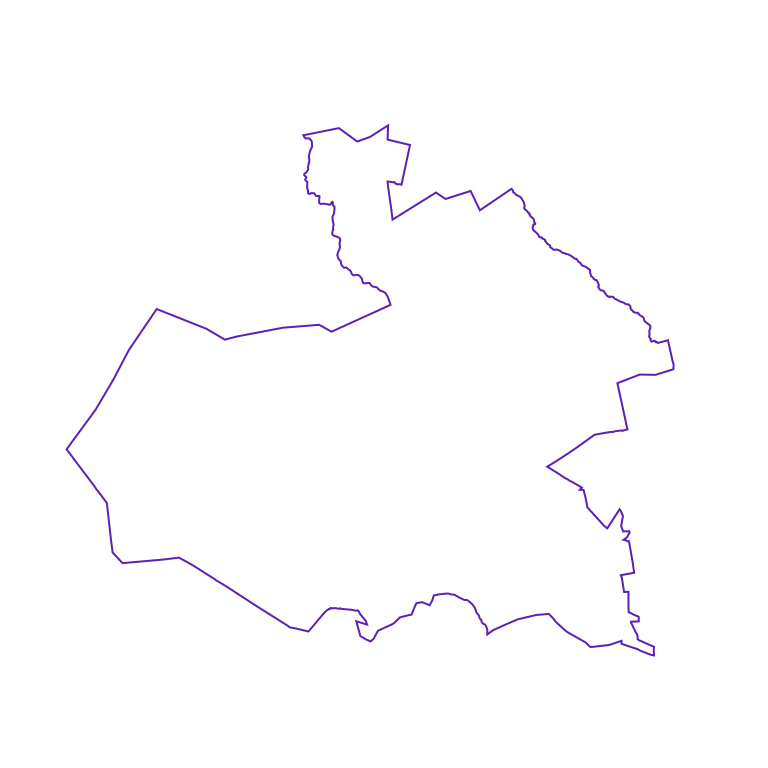 Laikipia East, Rift Valley, Kenya (Albers equal-area conic projection), rotated 278°
{"feature_id": "3690345B37822361502294", "entity_name": "Laikipia East", "entity_type": "district", "adm_level": 2, "iso_a3": "KEN", "parent_name": "Kenya", "parent_adm1": "Rift Valley", "projection": "albers", "projection_center": [36.521, 0.35], "detail": "fine", "context": "isolated", "style": "outline", "palette": "violet", "viewbox_px": 768, "rotation_deg": 278, "n_neighbors": 0, "source": "geoboundaries", "source_scale": "gbopen_adm2", "svg_char_len": 6164}
<svg xmlns="http://www.w3.org/2000/svg" viewBox="0 0 768 768"><g transform="rotate(278 384 384)"><path d="M150.4,521.1L155.6,526.6L163.3,538.8L169.6,549.3L176.5,567.0L179.2,579.3L176.0,583.5L172.4,587.2L164.5,598.7L163.1,601.8L156.5,618.8L155.9,620.0L152.5,624.6L152.4,625.6L152.8,627.6L157.0,643.6L162.7,654.9L159.7,655.5L156.6,672.7L155.9,674.0L155.2,676.4L152.9,686.4L152.8,689.2L157.0,688.3L161.3,687.9L165.5,673.3L165.5,672.6L166.6,670.7L169.3,670.2L171.2,669.6L173.1,667.9L182.2,661.8L182.9,661.6L184.4,669.3L189.0,668.6L190.4,663.0L191.4,660.8L192.0,658.1L197.6,657.1L212.3,655.0L211.4,650.7L225.3,646.5L227.6,645.1L231.0,655.4L231.7,656.7L231.9,658.0L241.6,655.2L262.4,648.5L262.2,647.2L263.0,644.7L263.1,643.0L265.6,645.6L266.4,646.1L269.8,647.4L270.6,647.9L272.4,647.3L271.8,645.5L271.8,644.6L271.9,643.8L271.2,641.5L273.8,639.9L276.6,638.6L286.5,639.0L291.4,636.1L292.7,634.7L272.1,625.2L274.2,621.7L290.0,602.7L298.9,599.6L306.8,596.4L306.5,592.7L308.9,594.4L313.6,583.0L313.9,581.4L315.4,578.7L315.8,576.9L319.6,569.0L324.8,557.2L333.8,567.9L345.8,581.5L363.0,599.5L367.0,611.7L368.4,616.4L368.2,617.2L369.1,618.7L370.5,623.4L371.1,626.1L370.7,626.8L371.3,627.4L372.9,631.4L417.3,615.0L428.9,635.8L430.9,651.7L438.9,668.5L443.2,668.2L446.6,666.7L466.8,659.1L462.7,649.3L463.2,648.8L463.6,648.1L463.3,647.2L464.4,646.2L464.1,644.8L463.2,643.2L463.5,642.6L464.8,641.7L465.6,641.9L467.5,640.1L468.2,639.9L470.5,640.1L471.4,639.7L472.8,639.4L474.9,639.5L475.7,639.9L478.5,639.8L479.7,638.2L480.1,637.2L480.8,636.5L481.0,635.7L482.5,633.4L483.8,632.6L485.4,632.0L486.0,631.4L486.8,630.2L487.4,628.3L488.3,627.1L489.0,626.6L489.0,625.8L489.7,625.5L489.9,624.6L489.5,623.3L490.2,620.8L490.9,620.3L492.0,618.6L492.5,618.1L493.1,617.6L494.4,617.5L495.8,616.6L496.9,615.1L496.7,614.2L496.8,612.7L497.3,611.0L497.8,610.5L498.0,609.9L498.5,606.5L499.4,604.6L499.7,603.0L500.4,601.7L500.6,600.6L502.2,598.7L502.2,597.2L501.6,595.6L502.0,594.9L501.6,594.0L502.9,592.0L506.6,588.6L507.0,588.0L506.9,586.0L507.4,584.8L509.7,582.7L510.5,582.6L511.1,583.1L513.5,582.3L516.5,579.9L516.4,578.9L517.2,577.2L518.4,576.2L519.8,574.0L522.4,573.0L523.1,572.5L523.9,572.3L525.1,572.4L525.8,572.1L528.2,567.3L528.8,563.9L530.5,562.1L531.2,561.6L532.5,559.0L533.3,558.6L534.7,557.2L534.6,555.8L536.6,552.1L538.0,548.4L538.2,545.8L538.6,545.3L538.8,542.6L539.4,541.3L540.2,540.0L540.6,539.1L541.2,536.6L541.1,535.5L540.5,534.1L540.5,533.3L541.5,531.8L542.5,529.7L544.3,529.2L545.7,526.0L546.8,525.2L547.9,523.7L548.7,523.7L549.3,523.1L550.0,521.3L550.0,520.5L551.2,519.5L550.9,518.5L551.1,517.6L553.3,515.9L554.2,514.6L554.8,514.1L555.2,513.3L556.0,512.5L556.3,511.5L556.9,511.2L557.7,510.0L559.4,509.4L560.1,509.4L560.7,509.8L562.3,509.6L563.0,510.1L563.1,511.1L563.8,511.5L565.8,510.1L566.8,509.9L567.8,509.4L569.4,507.9L570.1,505.9L571.9,505.0L572.1,504.4L572.8,504.4L573.4,504.0L573.5,503.2L575.2,501.5L576.7,499.2L577.3,498.6L578.0,498.2L579.7,498.6L580.5,498.5L581.8,497.6L583.2,497.3L585.7,495.4L587.8,493.6L589.1,490.6L589.6,488.5L590.9,487.4L591.8,485.4L592.4,484.9L593.4,484.9L595.0,483.1L569.4,454.8L587.2,442.9L575.8,419.2L580.8,408.8L548.0,369.6L560.2,366.3L579.4,360.7L585.0,359.4L585.1,363.0L584.9,363.9L585.0,364.8L585.4,365.5L585.0,366.8L584.1,367.3L583.9,369.0L583.4,369.9L583.9,370.7L584.1,371.9L583.7,372.9L583.8,373.6L624.3,376.5L626.5,353.5L640.7,352.1L626.6,335.6L620.4,323.7L631.1,303.7L619.1,269.5L617.4,270.8L616.2,272.4L616.4,273.6L616.8,274.5L616.7,276.2L615.9,276.7L615.1,278.0L614.2,278.7L611.2,279.4L609.1,279.7L608.1,279.6L606.3,278.9L603.2,278.1L601.6,278.2L600.3,277.9L599.3,277.9L596.2,278.7L593.4,279.1L592.6,279.0L592.1,278.5L590.1,278.8L589.2,278.5L588.4,278.5L586.3,279.0L585.3,278.9L582.5,277.5L581.3,276.1L580.6,275.8L579.7,275.9L579.2,276.5L578.4,278.0L577.8,278.3L575.6,277.5L574.7,277.9L573.7,279.6L573.0,280.1L567.6,280.5L564.6,282.0L562.2,282.3L561.9,283.3L561.9,284.2L562.9,285.2L563.2,288.5L560.9,290.2L560.8,292.1L561.2,292.9L561.1,293.9L560.1,294.1L558.5,294.1L554.7,294.5L553.9,295.0L553.6,295.8L553.5,296.5L554.2,299.0L554.1,304.1L553.8,304.9L554.3,305.9L556.5,306.9L557.1,307.5L556.7,308.1L554.8,308.2L554.0,308.7L552.5,310.4L549.1,310.7L544.8,310.6L542.9,309.7L539.3,310.3L534.9,311.9L531.8,311.8L530.7,311.9L529.9,312.3L529.1,311.8L525.7,311.7L524.8,312.3L524.3,312.9L523.5,315.3L523.2,317.6L522.4,319.3L522.2,319.9L521.5,320.4L519.2,320.6L516.9,320.4L514.3,321.2L512.5,321.3L511.6,321.2L509.9,320.6L507.3,320.0L505.9,319.8L504.9,319.9L504.0,320.5L502.6,320.8L499.9,323.4L499.7,324.0L496.8,324.9L496.0,325.3L494.3,327.1L493.6,328.4L494.1,330.4L493.6,331.4L492.3,333.1L492.0,334.3L490.7,335.6L488.8,336.6L487.8,337.7L487.4,338.5L487.5,339.4L488.4,342.1L488.0,344.2L485.9,346.9L484.2,347.9L482.9,348.3L481.2,349.3L481.0,350.2L481.0,351.3L481.1,352.1L481.8,353.5L481.9,355.9L479.7,357.7L479.0,359.1L478.6,363.8L476.7,365.8L476.2,366.6L475.4,370.1L475.0,371.3L473.9,373.2L470.7,375.7L463.3,379.5L428.5,324.8L433.6,311.6L425.7,276.2L410.7,232.1L405.8,220.2L414.0,200.3L426.6,148.5L382.1,126.6L350.8,115.4L318.2,101.9L283.5,83.2L275.1,78.8L241.9,112.0L239.7,113.8L238.2,115.6L227.6,126.1L193.0,135.0L179.4,138.7L170.2,150.0L179.6,190.5L183.5,205.1L180.7,212.7L177.3,221.1L167.1,243.7L166.4,244.7L165.1,247.9L160.2,259.1L147.0,287.2L131.4,321.9L130.6,323.6L129.9,324.5L129.6,331.3L128.4,343.7L146.2,354.8L150.7,357.9L153.5,360.6L153.5,361.6L154.9,362.4L154.6,364.6L155.3,366.4L155.2,370.5L155.3,371.3L155.8,371.9L155.4,373.3L155.9,383.3L155.6,387.4L156.1,389.7L155.0,390.9L153.1,392.1L147.2,398.6L146.6,399.1L143.4,400.7L145.2,389.6L131.3,395.6L130.3,397.2L129.6,399.5L128.6,401.5L127.3,406.6L130.0,409.0L131.3,409.7L132.7,410.0L138.8,412.4L147.5,426.0L149.4,427.9L155.1,432.3L158.2,439.8L159.5,443.4L168.0,445.5L171.5,446.6L173.3,452.2L171.2,460.0L176.0,461.8L181.5,462.8L183.2,467.4L185.1,474.7L185.4,477.5L185.0,479.4L185.1,483.1L182.9,488.6L181.6,492.7L181.3,494.1L181.7,495.7L181.3,497.3L178.4,501.8L174.8,505.3L170.5,507.5L167.7,510.4L165.6,511.1L164.8,511.9L163.9,513.2L162.1,513.7L161.3,514.3L160.7,515.0L159.8,517.5L158.5,518.7L156.6,519.8L153.8,520.8L150.4,521.1Z" fill="none" stroke="#5b21b6" stroke-width="2"/></g></svg>